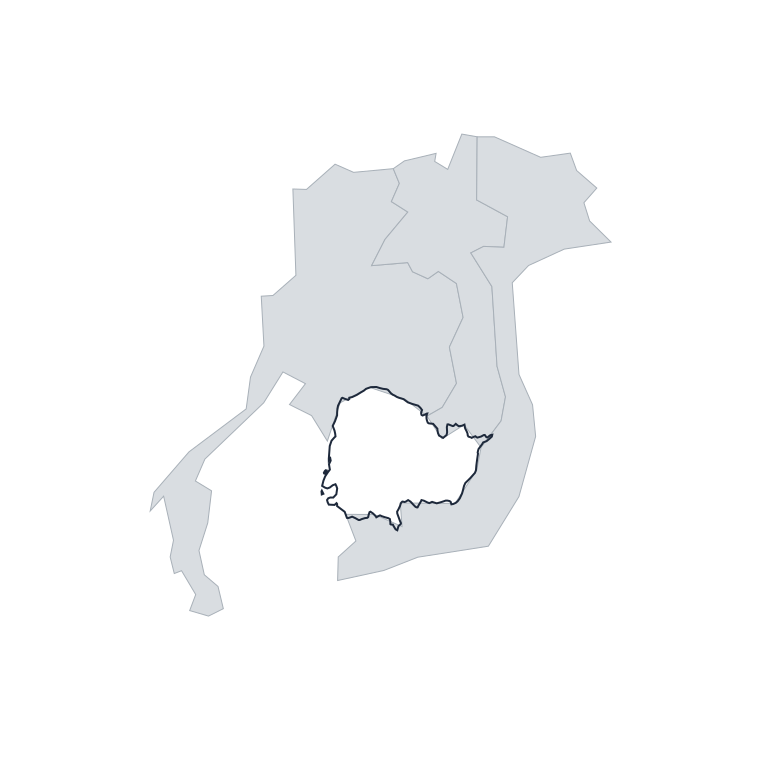 Cambodia highlighted among its neighbors, rotated 28°
{"feature_id": "KHM", "entity_name": "Cambodia", "entity_type": "country or territory", "adm_level": 0, "iso_a3": "KHM", "parent_name": "Asia", "parent_adm1": "", "projection": "robinson", "projection_center": [105.132, 12.558], "detail": "fine", "context": "with_neighbors", "style": "outline", "palette": "slate", "viewbox_px": 768, "rotation_deg": 28, "n_neighbors": 3, "source": "natural_earth", "source_scale": "50m", "svg_char_len": 4552}
<svg xmlns="http://www.w3.org/2000/svg" viewBox="0 0 768 768"><g transform="rotate(28 384 384)"><path d="M437.0,392.2L410.0,387.5L372.6,393.8L354.1,421.2L360.8,461.0L334.9,445.9L310.2,446.5L314.5,420.6L289.1,420.8L286.6,457.1L261.1,534.4L263.0,558.2L281.9,559.3L293.6,589.4L298.8,617.9L314.9,636.8L332.5,640.7L347.6,657.8L338.0,671.3L318.8,675.3L316.6,658.3L292.9,643.9L287.8,649.8L276.4,637.1L271.5,620.8L242.1,586.5L237.2,605.9L231.8,587.6L243.7,535.4L274.0,470.7L262.9,440.6L260.2,406.9L234.4,364.1L244.4,358.0L255.2,329.4L212.0,254.6L224.2,248.6L237.6,212.9L257.8,211.4L291.1,189.5L303.4,199.7L304.9,219.5L324.3,221.0L317.0,255.8L317.5,285.3L347.9,265.7L356.5,271.5L373.3,270.5L379.1,259.1L400.8,261.3L422.6,288.1L424.4,320.7L447.7,349.4L446.4,377.3L437.0,392.2Z" fill="#d9dde1" stroke="#a8b0b8" stroke-width="1"/><path d="M499.5,394.5L473.9,382.4L460.9,405.1L437.0,392.2L446.4,377.3L447.7,349.4L424.4,320.7L422.6,288.1L400.8,261.3L379.1,259.1L373.3,270.5L356.5,271.5L347.9,265.7L317.5,285.3L317.0,255.8L324.3,221.0L304.9,219.5L303.4,199.7L291.1,189.5L297.3,177.4L321.7,155.9L324.3,163.7L339.5,164.6L335.4,126.8L350.2,122.0L379.4,178.0L414.6,178.3L425.7,207.0L407.4,215.7L399.1,227.5L433.5,247.3L475.5,315.3L497.3,338.3L504.7,361.6L499.5,394.5Z" fill="#d9dde1" stroke="#a8b0b8" stroke-width="1"/><path d="M411.4,517.1L436.5,503.8L466.9,501.4L454.2,481.4L502.8,456.1L506.3,416.5L499.5,394.5L504.7,361.6L497.3,338.3L475.5,315.3L433.5,247.3L399.1,227.5L407.4,215.7L425.7,207.0L414.6,178.3L379.4,178.0L350.2,122.0L365.5,113.9L415.9,110.3L440.1,92.7L453.9,105.1L479.9,111.1L475.4,130.1L489.0,143.5L517.8,152.1L479.8,180.3L456.0,211.5L449.7,234.4L498.7,312.2L524.9,332.6L542.5,359.1L556.0,420.1L552.3,478.2L495.1,521.1L471.5,548.6L435.3,579.3L424.8,558.2L432.9,535.8L411.4,517.1Z" fill="#d9dde1" stroke="#a8b0b8" stroke-width="1"/><path d="M503.4,378.0L503.9,379.8L502.7,383.2L501.4,386.3L499.0,389.0L498.9,391.1L498.0,397.0L498.4,398.9L498.9,400.6L499.7,401.4L501.8,407.3L503.8,412.6L505.7,417.0L506.0,419.8L504.3,426.8L502.3,433.2L502.5,436.4L503.3,439.6L504.3,443.9L504.6,449.4L504.1,452.9L503.2,455.2L501.5,457.4L500.0,458.6L498.1,456.7L496.7,456.6L494.7,457.2L493.2,458.0L490.0,461.4L486.6,464.6L481.8,465.5L479.9,467.9L477.9,468.2L474.1,468.3L471.6,468.9L471.7,470.1L471.5,475.8L471.6,477.1L471.2,477.5L469.5,477.7L466.6,476.8L462.6,475.4L459.8,475.2L458.4,477.7L457.5,478.6L456.5,478.8L455.4,479.2L455.0,480.3L454.9,481.7L455.4,484.1L455.6,487.9L455.5,490.5L456.5,492.1L462.6,497.6L464.3,498.9L464.5,499.8L463.5,502.7L464.4,506.9L462.5,506.9L459.4,505.1L457.9,504.0L456.1,504.8L455.4,504.7L454.2,502.6L452.6,500.5L450.9,500.4L447.4,501.2L443.8,501.8L442.5,501.8L441.9,502.1L439.8,505.3L438.9,504.7L435.3,503.5L432.0,503.1L431.4,503.9L431.8,506.5L432.5,508.9L432.1,510.0L430.2,511.3L427.8,513.7L426.4,515.5L425.4,516.0L421.7,515.9L418.1,516.1L416.6,517.9L415.3,519.2L414.1,519.6L409.3,515.3L399.9,513.8L398.9,511.9L398.0,511.5L397.1,514.0L391.9,516.4L389.8,514.9L388.2,513.2L388.4,511.1L389.9,509.4L392.5,508.1L393.7,503.8L391.7,498.2L390.0,496.6L388.2,495.3L386.3,497.4L384.7,500.9L383.0,502.8L380.6,503.2L377.2,503.0L375.9,497.7L375.4,493.2L375.9,488.0L376.4,485.0L373.1,480.7L372.9,476.7L371.3,474.7L370.9,475.7L370.9,476.9L370.4,476.0L365.2,464.2L364.3,458.7L365.3,454.5L365.8,453.1L364.3,450.9L362.2,448.4L358.4,445.1L358.2,439.9L357.3,433.7L356.2,431.6L354.5,427.8L353.6,424.7L353.3,416.4L353.8,415.7L356.4,415.5L359.8,414.9L360.4,413.5L359.8,412.4L362.0,410.5L365.1,406.4L367.6,402.1L369.3,399.4L370.4,396.7L373.9,392.9L378.7,390.2L382.0,389.6L385.5,388.7L388.8,387.4L390.3,387.3L394.4,388.9L396.6,389.3L398.9,389.2L401.3,389.4L403.4,389.2L408.4,388.2L413.7,389.0L418.5,388.3L424.3,387.1L427.2,387.9L429.8,389.1L430.2,391.7L430.8,392.8L431.7,393.7L432.9,393.7L434.4,391.9L435.6,390.1L436.0,389.8L436.1,390.7L436.7,392.7L437.8,394.6L438.9,395.9L440.8,397.6L442.1,397.7L446.1,396.1L452.1,398.4L452.8,399.6L454.7,402.0L456.8,403.7L461.5,403.8L463.2,399.6L462.4,397.0L459.7,392.5L459.0,389.9L459.8,389.4L464.4,388.9L465.1,388.4L466.1,385.5L467.3,385.8L469.8,386.2L472.5,384.2L474.1,382.1L474.9,383.1L475.9,384.5L476.9,385.4L478.8,386.7L480.9,388.4L482.2,390.2L483.3,390.8L485.9,390.3L486.7,390.4L488.2,388.3L489.3,387.2L490.3,387.5L491.6,387.5L494.4,384.8L496.0,382.3L496.9,381.7L499.4,382.9L500.4,382.6L501.9,379.3L503.4,378.0ZM374.1,490.8L373.6,491.1L373.1,491.1L372.6,490.6L372.6,488.7L373.0,487.5L373.9,487.3L374.1,490.8ZM382.0,509.4L380.9,510.7L379.2,508.1L379.2,507.4L382.0,509.4Z" fill="none" stroke="#1e293b" stroke-width="2"/></g></svg>